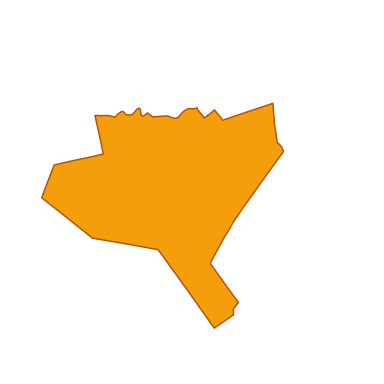 Mavrodin, Teleorman, Romania, rotated 140°
{"feature_id": "2599482B71627865865788", "entity_name": "Mavrodin", "entity_type": "district", "adm_level": 2, "iso_a3": "ROU", "parent_name": "Romania", "parent_adm1": "Teleorman", "projection": "albers", "projection_center": [25.255, 44.051], "detail": "fine", "context": "isolated", "style": "filled", "palette": "amber", "viewbox_px": 384, "rotation_deg": 140, "n_neighbors": 0, "source": "geoboundaries", "source_scale": "gbopen_adm2", "svg_char_len": 1326}
<svg xmlns="http://www.w3.org/2000/svg" viewBox="0 0 384 384"><g transform="rotate(140 192 192)"><path d="M310.9,284.1L306.6,263.8L301.4,237.9L297.9,220.6L294.3,216.3L273.0,191.3L255.0,169.5L258.5,121.5L262.2,76.4L262.4,73.5L239.0,71.2L237.1,74.0L236.7,74.5L236.2,75.1L235.3,75.8L234.5,76.0L227.5,77.5L225.9,100.7L225.5,105.4L225.4,107.2L224.3,120.4L224.0,125.4L222.7,126.2L197.3,136.2L185.2,140.2L181.1,142.0L162.3,147.3L121.5,157.8L119.8,158.2L97.3,163.9L96.1,164.2L95.7,164.5L95.2,166.2L94.6,168.0L94.4,172.8L95.0,174.8L89.3,184.3L85.5,190.6L75.5,204.5L73.1,207.9L83.6,212.1L106.5,221.1L122.2,227.2L122.2,229.0L122.1,234.9L122.0,240.4L130.6,240.3L130.5,240.7L134.9,240.7L134.9,251.3L134.1,253.1L137.1,254.6L140.9,258.0L143.2,258.8L147.5,259.2L154.5,258.1L157.5,259.2L158.4,260.2L162.1,266.3L173.8,274.8L174.9,279.9L175.3,281.2L180.0,281.3L181.1,282.1L181.3,284.2L178.4,288.6L178.7,290.3L181.2,290.8L187.0,289.7L189.9,290.7L193.0,293.8L192.7,296.7L193.5,298.5L194.6,299.0L199.3,299.4L202.7,298.7L206.8,304.3L213.4,309.6L215.5,311.7L217.3,312.8L217.6,312.1L218.8,309.8L220.3,307.0L222.7,302.3L223.8,300.2L224.6,298.5L227.6,292.8L235.6,278.1L251.3,286.2L263.0,292.5L280.2,301.3L291.6,295.0L299.0,290.9L300.9,289.8L307.1,286.3L309.4,285.0L310.2,284.5L310.9,284.1Z" fill="#f59e0b" stroke="#b45309" stroke-width="1.5"/></g></svg>